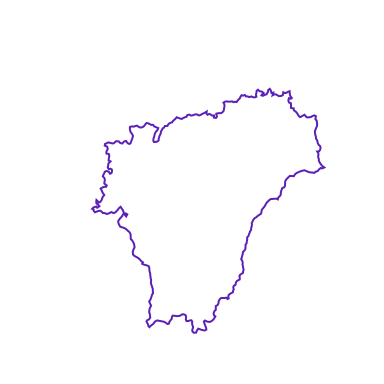 outline of São João del Rei, Minas Gerais, Brazil, rotated 302°
{"feature_id": "56859067B59074018278949", "entity_name": "São João del Rei", "entity_type": "district", "adm_level": 2, "iso_a3": "BRA", "parent_name": "Brazil", "parent_adm1": "Minas Gerais", "projection": "albers", "projection_center": [-44.281, -21.238], "detail": "fine", "context": "isolated", "style": "outline", "palette": "violet", "viewbox_px": 384, "rotation_deg": 302, "n_neighbors": 0, "source": "geoboundaries", "source_scale": "gbopen_adm2", "svg_char_len": 6078}
<svg xmlns="http://www.w3.org/2000/svg" viewBox="0 0 384 384"><g transform="rotate(302 192 192)"><path d="M313.7,193.7L312.1,193.2L310.4,194.0L308.4,194.7L306.9,196.1L305.6,195.2L304.7,193.5L304.5,191.7L302.8,190.3L302.6,188.6L301.7,187.3L302.3,185.4L300.8,184.3L300.3,182.7L298.4,182.7L296.7,182.9L293.7,182.2L291.9,182.2L291.2,180.5L290.1,179.6L290.2,178.2L289.3,177.0L288.0,175.2L287.2,173.3L286.0,172.1L284.5,171.3L283.5,173.0L282.3,173.9L277.8,175.8L275.7,175.6L274.0,174.6L273.0,172.8L271.3,171.1L270.2,172.0L269.3,173.2L267.5,173.1L266.7,171.1L268.6,170.1L267.4,168.4L267.6,166.7L267.4,165.3L265.7,164.2L266.3,162.6L268.0,161.8L266.2,161.0L264.4,159.8L261.1,157.9L260.4,156.7L260.5,155.0L259.3,153.4L257.5,152.0L256.3,150.7L256.1,148.5L254.6,147.2L252.8,147.5L251.7,146.4L250.0,145.3L248.4,144.5L248.1,143.1L247.7,141.8L247.3,139.4L245.4,139.2L242.5,138.3L240.5,138.2L239.1,136.9L237.4,136.1L235.0,136.1L233.5,134.0L231.7,134.1L230.3,133.4L228.8,133.6L227.3,133.6L224.3,134.6L222.5,134.7L219.6,135.5L218.0,136.4L215.9,135.5L214.2,133.2L215.0,132.0L217.0,131.0L219.1,130.6L221.2,129.7L223.9,129.4L226.2,129.9L228.3,129.5L227.6,125.2L228.3,123.3L227.3,121.9L227.2,119.9L227.0,118.3L226.4,116.9L225.0,116.6L222.5,116.4L220.8,115.7L219.4,114.3L219.0,112.6L219.1,110.2L217.8,108.9L216.5,107.9L215.8,106.3L214.3,104.9L212.5,105.9L211.1,107.2L210.1,108.6L209.4,110.6L208.3,112.2L206.2,112.9L202.2,113.7L200.6,114.1L199.5,113.3L199.3,111.9L199.7,110.4L200.4,109.0L199.2,107.9L197.9,107.4L196.2,107.2L195.5,105.3L196.1,103.2L194.9,100.7L193.1,100.2L191.6,99.7L190.8,98.2L189.7,94.7L188.0,93.7L186.7,92.8L185.1,93.4L185.5,96.0L183.8,97.8L181.9,97.9L180.4,98.2L179.2,99.2L180.2,101.2L178.9,102.7L176.4,103.7L174.5,104.6L174.8,106.7L171.8,106.0L169.8,107.0L168.1,107.6L167.3,109.2L168.6,110.6L168.6,112.1L167.2,113.2L165.3,113.7L164.0,112.7L165.2,110.6L164.4,108.3L163.0,107.3L161.4,107.7L159.6,107.7L158.0,108.1L157.5,110.2L156.3,111.6L154.2,112.4L152.7,113.2L152.4,116.2L150.9,116.4L150.0,115.0L148.6,113.8L146.5,112.7L145.4,114.6L143.9,116.8L143.0,119.2L140.5,118.9L137.0,119.6L135.1,119.5L133.6,118.5L134.3,116.9L134.6,115.2L133.2,115.8L131.7,117.0L131.5,118.7L131.0,121.0L129.6,120.6L128.4,120.0L129.0,118.6L126.8,116.7L124.8,116.3L125.0,117.8L123.8,118.8L123.4,120.5L126.4,122.7L127.4,124.0L127.5,125.8L126.9,127.3L127.8,129.0L128.3,131.6L130.1,133.0L132.2,134.2L132.6,136.8L134.4,137.9L137.6,138.5L139.5,138.6L141.6,139.3L139.7,143.5L138.5,144.8L137.8,146.3L136.7,145.4L133.6,145.5L132.0,145.0L128.4,144.8L127.1,145.6L125.8,147.2L124.5,149.6L125.2,152.0L125.6,154.2L125.6,156.1L125.1,158.0L125.0,159.6L124.3,161.3L123.5,162.5L122.2,163.2L119.5,165.2L119.4,166.6L117.6,169.9L116.0,171.5L114.5,172.7L112.4,172.8L109.6,173.6L107.7,175.2L107.3,176.9L107.5,181.1L107.3,182.9L106.4,185.9L106.4,187.6L104.7,187.8L104.9,189.6L105.9,192.9L106.1,194.9L104.8,196.1L102.5,197.8L100.5,199.9L99.3,200.7L98.2,201.7L97.0,202.5L96.1,203.7L94.5,204.7L92.9,205.4L89.3,209.8L87.9,210.9L86.7,211.6L85.6,212.6L84.1,212.5L80.2,213.5L78.1,213.8L76.5,213.7L74.8,216.0L74.1,217.5L70.7,217.9L69.1,218.5L67.3,219.4L66.1,221.0L64.7,222.0L63.5,223.1L61.3,223.1L59.4,221.9L58.0,222.0L57.2,223.6L56.3,225.0L55.3,225.9L54.8,227.5L56.7,227.9L59.7,229.1L61.4,229.1L63.0,229.5L64.6,230.5L67.0,236.6L67.2,238.2L67.1,241.3L68.2,242.2L70.1,241.6L74.0,242.0L75.4,241.1L77.0,241.2L78.8,245.1L79.9,246.6L81.1,247.6L82.9,248.4L83.9,249.8L84.1,252.0L82.5,253.5L80.7,254.2L79.6,255.8L80.8,257.4L81.9,258.2L82.9,259.5L82.2,260.9L80.7,261.6L79.3,262.9L78.0,264.6L75.2,265.3L74.0,266.2L73.6,268.2L74.9,270.0L77.0,269.6L79.4,269.7L80.4,274.0L81.3,276.2L82.9,277.1L84.3,275.9L86.9,272.4L88.5,270.7L89.9,271.1L90.1,273.5L91.1,275.8L92.7,276.9L94.1,277.4L95.5,277.8L98.9,277.7L99.0,276.2L100.1,274.9L101.6,274.3L103.2,274.2L104.7,274.6L107.9,272.6L109.4,273.5L111.3,273.6L113.4,272.5L115.8,272.3L117.7,273.0L119.3,275.7L120.5,277.0L120.1,278.8L121.2,279.5L122.2,278.4L124.0,277.7L125.8,278.2L128.6,279.8L130.2,279.1L131.6,279.0L132.7,277.7L134.5,277.1L136.3,278.1L138.5,277.2L140.1,277.2L141.4,277.8L143.1,278.8L144.8,277.8L145.9,276.7L147.5,276.7L150.5,278.1L151.7,277.4L153.4,277.0L154.8,275.6L157.3,273.3L158.8,272.5L160.3,271.1L161.0,269.4L164.8,268.3L166.7,267.7L168.2,267.0L170.1,267.5L172.2,267.4L175.8,265.3L177.3,265.5L179.0,264.7L181.0,264.0L182.7,262.8L184.4,263.2L189.5,262.1L191.1,262.2L192.5,261.4L194.2,260.9L196.0,260.2L197.2,259.2L201.1,258.7L203.0,259.0L204.7,259.9L206.9,260.5L208.4,261.3L210.2,262.0L211.9,261.5L213.5,260.7L215.4,260.8L217.3,261.1L219.0,261.2L220.8,261.0L223.0,261.0L224.4,261.5L226.1,261.8L227.8,262.6L228.7,263.9L229.8,265.2L231.0,267.0L231.2,268.7L233.2,268.1L234.8,268.6L236.7,268.7L238.9,267.5L240.5,267.0L243.3,266.5L244.7,267.7L246.5,267.6L250.2,265.5L251.9,265.2L255.6,265.9L257.5,266.5L259.4,270.0L260.7,269.9L262.5,270.2L264.2,271.0L265.8,272.2L267.3,273.2L268.4,274.2L270.1,276.0L270.4,278.6L270.8,280.4L271.3,282.0L272.3,283.6L272.8,285.4L274.8,286.2L276.2,287.4L278.6,287.8L280.5,288.4L281.1,290.0L282.9,291.2L283.1,288.5L284.0,286.1L284.9,284.2L285.9,282.9L287.1,282.1L289.0,280.0L290.7,279.5L291.9,278.4L292.7,276.7L293.9,278.2L295.4,278.3L297.3,277.8L298.8,276.5L299.1,274.4L300.2,272.6L301.5,271.5L302.4,270.3L303.0,268.9L304.5,267.8L305.4,266.7L306.8,265.4L308.6,264.0L314.7,262.9L316.6,261.6L318.6,259.9L319.2,258.0L322.0,256.9L321.8,255.1L320.1,253.8L318.8,253.2L317.4,251.8L316.1,249.7L317.1,246.4L314.1,244.8L312.8,244.0L313.0,242.4L314.9,238.5L315.3,235.1L316.8,233.9L316.1,232.6L315.8,231.2L317.5,230.4L319.7,228.8L319.3,226.9L320.5,225.3L322.9,224.5L323.4,226.3L324.6,226.8L325.4,224.6L326.7,223.2L329.2,221.4L327.7,220.2L326.2,219.5L325.1,218.4L325.0,216.6L323.6,217.1L322.4,217.7L320.7,216.8L319.4,215.0L319.2,211.2L318.4,210.1L316.7,209.1L319.4,208.3L318.1,206.9L319.8,205.2L320.7,203.3L318.9,202.6L317.2,203.4L315.8,203.3L314.4,203.5L313.1,202.4L311.2,201.2L310.8,199.7L312.4,199.7L313.9,200.3L314.2,198.2L313.3,195.7L313.7,193.7ZM137.8,146.3L138.8,147.2L138.7,149.0L136.4,149.1L136.9,147.5L137.8,146.3Z" fill="none" stroke="#5b21b6" stroke-width="2"/></g></svg>